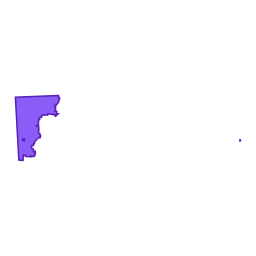 Unincorporated NSW, New South Wales, Australia
{"feature_id": "25037944B59579883363479", "entity_name": "Unincorporated NSW", "entity_type": "district", "adm_level": 2, "iso_a3": "AUS", "parent_name": "Australia", "parent_adm1": "New South Wales", "projection": "orthographic", "projection_center": [147.013, -31.429], "detail": "fine", "context": "isolated", "style": "filled", "palette": "violet", "viewbox_px": 256, "rotation_deg": 0, "n_neighbors": 0, "source": "geoboundaries", "source_scale": "gbopen_adm2", "svg_char_len": 3114}
<svg xmlns="http://www.w3.org/2000/svg" viewBox="0 0 256 256"><path d="M58.4,95.5L15.4,97.2L18.8,160.1L22.0,160.4L22.0,160.1L22.5,160.1L22.5,160.4L23.0,160.5L23.4,154.9L25.5,155.1L25.4,156.4L31.2,156.8L31.0,156.0L32.0,156.0L32.0,156.3L32.8,156.4L33.5,156.4L33.5,156.5L33.4,156.5L33.7,156.5L33.7,156.4L34.0,156.4L34.1,156.2L34.1,156.3L34.3,156.3L34.3,156.2L34.2,156.2L34.3,156.1L34.4,155.9L34.2,155.9L34.5,155.6L34.5,155.4L34.8,155.2L35.0,155.1L35.1,154.9L35.3,154.6L35.2,154.5L35.2,154.4L35.2,154.2L35.1,153.9L35.0,153.7L35.0,153.4L35.2,153.2L34.9,153.1L34.9,152.9L35.0,152.8L35.1,152.7L34.9,152.6L35.0,152.5L34.9,152.4L35.0,152.4L35.0,152.2L34.9,152.1L34.7,152.1L34.8,152.0L35.0,151.9L35.0,151.7L35.1,151.4L35.2,151.5L35.2,151.4L35.3,151.4L35.2,151.4L35.2,151.2L33.4,151.1L33.5,149.7L33.4,149.0L32.0,148.8L31.8,148.2L31.6,147.9L31.7,147.6L31.7,147.4L31.7,147.1L31.4,147.0L31.5,146.8L31.6,146.2L31.6,145.5L33.1,145.6L33.4,145.4L33.3,145.2L33.2,145.2L33.3,145.2L33.3,144.9L33.5,144.8L33.4,144.7L33.5,144.6L33.5,144.4L33.5,144.2L33.8,144.1L33.7,143.2L34.4,143.3L34.7,143.0L34.6,141.8L36.4,140.0L38.4,137.9L38.8,137.3L39.1,137.2L39.4,137.5L39.5,137.5L39.9,137.9L40.4,137.2L40.0,136.8L40.5,136.2L40.8,135.9L40.0,135.0L40.0,134.5L39.8,134.5L39.4,134.2L39.6,134.0L39.9,133.8L38.6,132.8L38.5,130.2L38.9,130.2L38.7,126.3L36.6,126.4L36.6,125.4L38.5,125.4L38.4,122.4L38.3,121.1L38.7,121.1L38.6,119.5L39.7,119.5L39.6,117.4L41.7,117.3L41.7,115.2L45.0,115.1L45.1,114.9L47.6,115.1L47.7,113.9L53.2,114.5L53.2,114.3L53.2,114.2L54.4,114.3L54.4,114.7L54.3,114.9L55.4,115.0L55.1,115.8L55.6,116.3L55.9,116.0L56.0,116.0L56.4,115.6L56.3,115.4L58.2,113.8L56.5,113.6L56.8,111.3L54.7,111.1L54.7,110.9L54.8,110.8L55.0,110.8L55.0,110.7L55.2,110.4L55.3,110.4L55.4,110.1L55.5,110.0L55.5,109.8L55.4,109.7L55.5,109.5L55.4,109.4L55.5,109.3L55.5,109.0L55.5,108.8L55.6,108.7L55.5,108.4L55.5,108.2L55.5,107.9L55.3,107.8L55.3,107.7L55.2,107.6L55.3,107.4L55.2,107.3L55.2,107.1L55.3,107.1L55.5,106.9L55.5,106.6L55.4,106.5L55.4,106.3L55.4,106.2L55.6,106.0L55.4,105.9L55.6,105.8L55.4,105.6L55.8,105.7L56.1,105.3L56.1,105.2L56.3,104.9L56.5,104.7L56.6,104.4L56.7,104.2L56.8,104.1L57.1,103.9L57.4,103.7L57.5,103.5L57.5,103.4L57.7,103.2L57.9,103.0L58.0,103.0L58.1,102.9L58.2,102.7L58.4,102.6L58.4,102.4L58.5,102.3L58.6,102.2L58.8,101.8L58.8,101.6L58.9,101.3L58.9,101.2L59.0,100.9L58.9,100.8L58.9,100.7L58.7,100.2L58.7,99.9L58.8,99.8L58.8,99.7L59.0,99.7L59.2,99.4L59.3,99.3L59.2,99.2L59.3,99.0L59.5,98.9L59.4,98.7L59.5,98.4L59.5,98.2L59.6,97.9L59.6,97.7L59.4,97.5L59.3,97.4L59.2,97.3L59.2,97.2L58.9,97.1L58.5,97.2L58.4,97.2L58.2,97.1L58.0,96.8L58.0,96.5L58.1,96.3L58.1,96.2L58.2,95.9L58.3,95.7L58.4,95.5ZM22.7,139.7L22.7,138.9L24.5,138.8L24.5,139.1L24.3,139.2L24.4,139.4L24.3,139.7L24.4,140.5L23.6,140.6L23.6,140.8L23.4,140.7L22.8,140.6L22.5,140.3L22.7,140.2L22.7,139.7ZM240.2,140.1L240.3,140.3L240.3,140.5L240.2,140.8L240.1,141.0L240.3,141.0L240.4,140.9L240.5,140.8L240.5,140.7L240.5,140.4L240.4,140.3L240.4,140.2L240.2,140.0L240.2,139.8L239.9,139.8L239.9,140.0L240.0,139.9L240.1,140.0L240.2,140.1Z" fill="#8b5cf6" stroke="#5b21b6" stroke-width="1.5"/></svg>